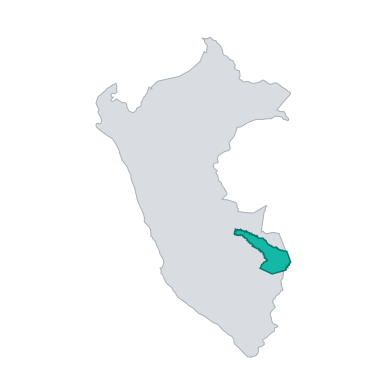 location of Tambopata, Madre de Dios, Peru, rotated 8°
{"feature_id": "86281439B97572959999904", "entity_name": "Tambopata", "entity_type": "district", "adm_level": 2, "iso_a3": "PER", "parent_name": "Peru", "parent_adm1": "Madre de Dios", "projection": "orthographic", "projection_center": [-70.427, -12.188], "detail": "fine", "context": "in_parent", "style": "filled", "palette": "teal", "viewbox_px": 384, "rotation_deg": 8, "n_neighbors": 0, "source": "geoboundaries", "source_scale": "gbopen_adm2", "svg_char_len": 9151}
<svg xmlns="http://www.w3.org/2000/svg" viewBox="0 0 384 384"><g transform="rotate(8 192 192)"><path d="M277.6,106.5L277.5,107.6L276.1,108.1L274.8,107.3L272.9,107.6L270.1,105.0L263.4,105.4L260.4,108.4L255.9,109.1L251.0,110.5L245.5,111.1L236.9,115.9L234.9,117.9L231.0,120.8L227.8,121.7L226.2,130.4L223.1,135.6L221.9,138.4L223.6,142.6L223.6,144.6L221.9,146.3L220.4,146.5L217.5,148.3L213.1,152.2L212.3,155.2L213.8,159.1L213.3,159.6L209.7,160.4L209.8,162.5L209.1,163.4L212.1,166.5L213.9,167.2L214.0,168.0L213.7,168.8L213.0,169.1L213.0,169.8L215.2,172.1L216.8,176.8L220.1,179.0L220.1,180.5L221.1,182.0L222.7,183.1L226.7,187.8L226.7,189.9L222.7,195.0L229.4,194.9L236.8,196.5L237.8,197.3L238.7,199.6L238.8,201.0L240.3,202.2L240.1,204.9L249.8,204.9L256.0,204.2L266.2,195.9L267.8,195.2L266.9,197.0L266.8,198.3L267.4,199.7L266.2,201.8L266.1,222.1L267.9,221.0L270.3,222.9L272.0,223.0L277.6,220.7L284.0,221.1L298.9,247.7L297.5,249.5L297.6,250.9L295.8,252.0L293.9,254.2L293.8,264.7L292.2,267.9L293.1,269.6L293.9,272.9L295.2,275.0L295.6,276.3L295.4,276.8L293.3,277.9L293.2,279.8L289.5,283.5L288.8,286.1L287.4,286.9L287.1,289.8L290.5,294.5L288.3,297.3L286.3,301.4L289.6,310.1L291.0,311.3L292.4,311.3L294.6,312.0L295.8,313.4L293.1,315.0L292.6,315.7L292.8,318.5L289.9,320.7L285.9,326.1L284.9,326.4L282.9,328.0L282.5,328.8L282.8,329.6L284.5,331.2L284.7,333.2L281.8,335.7L279.9,335.9L279.1,336.6L279.9,339.9L279.9,341.5L279.3,343.2L277.9,345.2L273.7,347.2L269.9,347.5L263.4,342.5L261.3,340.5L254.9,336.3L253.8,331.8L251.7,329.6L247.7,328.0L244.5,325.7L242.1,324.7L236.3,319.7L230.9,318.2L220.9,313.0L215.5,311.3L208.5,306.4L204.8,305.1L201.7,302.9L192.6,298.1L191.1,296.6L189.7,294.2L187.6,292.8L185.3,289.5L181.9,287.6L178.6,285.1L174.4,278.2L172.5,276.6L172.3,273.5L171.0,272.0L172.9,271.0L174.0,266.0L173.3,263.5L168.5,257.0L167.6,254.3L164.1,249.3L162.8,246.3L160.0,244.1L158.8,242.2L157.3,241.5L157.2,239.1L156.0,234.7L154.5,232.5L149.0,228.4L148.4,223.9L147.1,220.8L139.3,208.2L134.6,196.0L130.8,189.3L129.2,185.4L129.1,183.3L126.2,179.7L124.7,176.5L118.5,170.3L114.8,163.3L114.2,161.2L111.7,157.4L107.7,152.4L105.8,150.5L93.9,144.6L88.3,141.0L87.6,139.1L87.8,137.9L89.0,136.8L90.7,137.6L91.7,137.2L92.5,135.8L92.5,133.7L91.4,131.0L87.6,125.9L88.5,123.5L84.6,117.6L85.4,111.6L86.2,110.1L91.9,103.9L93.4,101.3L95.8,99.6L98.3,97.1L101.3,95.2L102.2,95.8L103.1,98.9L103.0,101.1L103.9,103.4L101.8,105.6L99.5,105.3L98.7,105.8L98.3,106.8L98.7,108.5L99.3,109.1L101.0,109.1L98.8,112.3L98.9,112.9L100.6,113.4L102.1,112.6L103.6,110.7L104.6,110.5L110.4,113.3L113.1,112.9L115.2,114.2L115.4,116.4L118.4,120.7L122.7,121.6L123.4,121.2L124.4,119.6L125.3,119.3L125.5,116.9L129.2,114.2L129.7,112.4L129.2,111.1L129.3,110.1L131.4,104.3L132.1,103.7L132.7,101.8L133.6,100.7L134.8,94.2L135.8,94.2L136.8,95.7L137.9,95.3L137.3,93.9L137.5,93.4L141.6,88.1L142.9,87.0L163.0,79.4L173.0,71.9L181.8,61.6L184.5,51.3L185.5,52.0L187.2,51.7L186.6,47.6L187.1,45.7L187.0,45.1L184.2,42.7L183.1,40.0L180.7,38.5L180.8,38.0L183.4,38.5L185.7,38.2L187.6,36.5L189.1,36.6L192.4,38.8L194.9,39.0L195.7,40.6L198.0,41.8L201.4,45.3L203.0,49.1L202.9,49.8L204.4,51.8L207.6,52.7L210.9,55.5L214.3,56.3L215.8,58.9L216.8,59.7L217.2,61.1L216.7,62.9L217.2,63.8L219.7,65.3L221.9,65.3L222.3,66.0L223.5,70.3L222.8,72.4L223.1,73.6L225.9,74.6L226.7,75.5L228.9,75.7L232.1,74.7L236.0,76.0L239.1,75.5L240.5,75.2L241.9,74.2L243.1,74.2L246.2,71.5L247.0,71.3L250.3,72.5L253.1,74.3L256.6,74.0L258.0,72.8L260.5,72.2L265.0,74.4L265.9,75.5L267.2,75.7L272.0,78.0L272.9,78.9L275.4,79.8L275.9,80.5L275.8,81.3L264.5,98.8L268.0,100.2L271.2,99.3L272.9,100.5L274.2,103.3L276.7,105.2L277.6,106.5Z" fill="#d9dde1" stroke="#a8b0b8" stroke-width="1"/><path d="M239.9,228.0L240.1,228.1L240.3,227.6L240.6,227.5L241.5,227.7L241.6,227.9L241.4,228.1L241.4,228.3L241.7,228.5L242.2,228.5L242.4,228.4L242.7,228.5L242.9,228.3L243.3,228.3L243.7,228.6L244.3,228.5L244.9,228.0L245.8,228.3L246.2,227.4L246.8,227.4L247.3,227.8L247.5,227.6L247.8,227.8L248.0,227.8L248.4,228.0L248.5,228.4L249.0,228.0L249.2,228.5L248.9,228.9L249.0,229.2L249.3,229.3L249.6,229.2L249.7,229.4L250.2,229.3L250.4,230.0L250.8,230.3L251.3,230.2L251.8,230.3L252.4,230.7L252.7,230.5L253.0,230.6L253.4,231.4L253.2,231.9L253.6,231.8L253.9,232.2L253.9,232.4L254.4,232.7L254.4,233.0L254.6,233.2L254.8,233.1L254.8,233.7L256.0,234.1L256.2,234.5L256.8,235.0L257.0,235.1L257.6,234.7L257.8,234.9L258.0,234.8L258.3,235.1L258.8,235.2L258.9,235.4L259.1,235.6L259.2,236.3L259.3,236.3L259.4,236.9L259.8,236.7L259.7,237.1L259.8,237.3L260.0,237.2L259.9,237.3L260.1,237.3L260.3,237.6L260.6,237.6L260.9,237.6L260.9,237.8L261.0,237.6L261.2,237.8L261.3,237.6L261.5,237.7L261.9,237.6L262.1,238.1L262.3,238.3L262.5,238.3L263.0,238.5L263.8,238.9L263.8,239.0L263.9,238.8L264.1,239.0L264.4,239.0L264.4,238.9L264.6,238.8L265.1,238.9L265.1,239.0L265.4,239.0L265.6,238.9L266.1,239.1L266.0,239.3L266.3,239.6L266.2,239.7L266.3,239.8L266.4,239.6L266.5,239.9L266.7,239.7L266.6,239.9L266.8,239.9L266.9,240.2L267.0,240.2L267.1,240.4L267.3,240.5L267.4,240.4L267.4,240.6L267.6,240.7L267.6,240.8L267.8,240.8L267.9,241.1L268.3,241.0L268.3,240.8L268.3,241.0L268.6,240.9L268.7,241.1L269.0,241.0L268.9,241.3L269.1,241.2L269.2,241.5L269.4,241.4L269.4,241.5L269.5,241.5L269.5,241.4L269.6,241.5L270.0,241.6L270.3,241.7L270.3,241.9L270.5,242.0L270.6,241.9L270.5,242.1L270.6,242.3L271.1,242.4L271.2,243.0L271.3,242.8L271.6,243.0L271.5,243.4L271.7,243.5L271.8,243.5L272.0,244.1L272.2,244.7L272.4,244.8L272.5,244.9L272.6,245.2L272.6,245.4L272.7,245.5L272.7,245.8L272.5,246.3L272.7,246.7L272.9,246.9L273.0,246.8L273.0,247.0L273.4,247.0L273.7,247.1L273.7,247.3L274.0,247.3L274.0,247.5L274.2,247.4L274.6,247.6L274.8,247.8L274.8,247.7L275.1,247.7L275.2,248.2L275.3,248.2L275.3,248.4L275.5,248.4L275.3,248.4L275.3,248.6L275.5,248.5L275.7,248.9L276.2,249.2L276.2,249.5L275.8,249.6L275.6,250.0L274.6,250.3L274.2,250.7L273.6,251.4L272.7,251.7L272.6,252.4L272.2,253.0L272.0,253.5L271.4,253.8L270.9,254.7L270.8,256.4L270.5,256.9L270.1,258.1L282.7,262.0L295.7,256.3L295.7,256.1L295.8,255.9L295.6,255.9L295.6,255.2L295.9,255.3L295.7,255.2L295.8,255.1L295.6,255.0L295.9,255.0L295.6,254.9L295.8,254.1L295.7,254.0L295.9,253.8L296.0,253.9L296.3,253.8L296.2,253.6L296.4,253.5L296.2,253.3L296.4,253.3L296.2,253.2L296.5,252.9L296.8,253.0L296.6,252.7L296.8,252.5L296.8,252.1L297.1,252.1L297.2,251.7L297.5,251.8L298.1,251.3L297.9,251.2L298.2,251.1L298.4,250.8L298.3,250.5L298.1,250.6L298.3,250.4L298.0,250.5L298.1,250.3L297.9,250.0L298.1,249.6L298.2,249.4L298.4,249.5L298.6,249.0L298.6,248.9L298.7,248.7L299.0,248.6L298.9,248.1L299.2,248.1L299.3,248.3L299.3,248.0L299.4,247.7L294.1,237.5L293.4,237.6L292.3,237.5L291.7,237.9L291.4,237.6L290.5,237.6L290.4,237.4L290.1,237.2L290.0,237.3L289.7,237.1L288.9,237.4L288.4,237.5L288.2,237.4L288.0,237.5L286.7,236.8L285.8,236.9L285.4,236.4L284.8,236.3L284.8,236.1L284.5,236.0L284.3,235.6L283.9,235.6L283.8,235.2L283.4,235.2L283.2,234.9L282.8,235.1L282.7,234.9L282.3,235.1L282.0,235.1L281.7,235.5L281.3,235.6L280.9,235.7L280.7,235.6L280.2,235.5L280.0,235.3L279.8,235.4L279.2,235.3L279.0,235.0L278.6,234.9L278.4,234.5L278.2,234.6L278.2,234.4L278.0,234.5L277.5,234.1L277.2,234.1L277.0,233.9L276.4,234.1L275.6,233.4L275.4,233.5L274.9,233.3L274.7,233.1L274.6,232.9L273.9,232.6L273.2,231.7L272.9,231.5L272.8,231.2L272.6,231.0L272.0,229.8L271.2,229.5L270.9,229.7L270.6,229.3L270.0,229.3L269.6,228.8L269.3,228.7L269.3,228.3L268.9,227.9L264.4,228.4L264.3,228.5L264.0,228.5L263.6,227.8L263.6,228.1L263.4,227.9L263.2,227.9L263.3,227.5L263.1,227.4L262.9,227.5L262.7,227.5L262.2,227.3L262.4,226.9L262.3,226.6L262.1,226.6L262.2,226.8L261.7,226.8L261.7,226.7L261.4,226.9L261.4,226.7L261.1,226.9L260.7,226.5L260.4,226.5L260.1,226.3L259.9,226.4L259.8,226.1L259.6,226.1L259.5,226.4L259.5,226.1L259.3,226.2L259.1,226.0L258.9,225.9L258.6,225.9L258.5,226.0L258.3,225.9L258.4,225.7L258.1,226.0L257.9,225.7L257.5,225.8L257.4,225.5L257.2,225.6L257.1,225.8L256.9,225.6L256.4,225.5L256.4,225.4L256.1,225.7L256.2,225.4L256.0,225.0L255.7,225.2L255.4,225.0L255.0,225.0L254.9,225.1L254.9,224.8L254.5,224.9L254.5,224.6L254.3,224.7L253.8,224.8L253.8,225.0L253.6,224.5L253.4,224.5L253.0,224.3L252.7,224.3L252.7,224.0L252.6,223.9L252.8,223.9L252.7,223.7L252.5,223.8L252.1,223.8L251.8,223.5L251.7,223.8L251.2,223.4L251.0,223.7L250.9,223.3L250.7,223.5L250.5,223.4L250.3,223.7L250.1,223.5L249.8,223.6L249.6,223.5L249.5,223.8L249.4,223.5L249.2,223.6L248.8,223.6L248.7,223.8L248.7,223.7L248.2,223.5L248.1,223.2L247.9,223.1L247.4,223.4L247.4,223.2L246.8,223.3L246.7,223.1L246.1,223.0L246.1,222.8L245.9,222.9L245.8,222.7L245.7,222.8L245.5,222.5L245.6,222.9L245.4,222.8L245.4,223.0L245.0,223.1L244.9,223.0L245.0,222.8L244.8,222.8L244.8,222.7L244.7,222.8L244.3,222.9L244.3,223.0L244.0,222.9L243.9,223.0L243.7,222.9L243.6,223.0L243.6,222.9L243.3,222.9L243.0,223.1L242.5,223.0L242.4,223.2L242.2,223.1L242.0,222.9L241.7,223.4L241.0,223.4L240.6,223.1L240.6,222.9L240.3,222.7L240.1,222.7L240.2,223.6L240.8,223.5L241.2,223.8L241.3,224.0L241.0,224.3L240.5,224.4L240.3,224.7L240.2,224.7L240.1,224.8L240.0,224.7L239.8,225.0L240.2,225.2L240.0,225.4L240.0,225.9L239.9,226.1L240.0,226.5L239.6,227.1L239.9,228.0Z" fill="#14b8a6" stroke="#0f766e" stroke-width="1.5"/></g></svg>